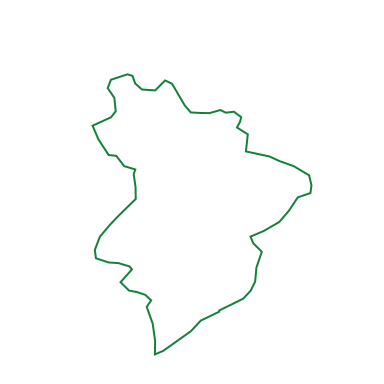 Laxå, Orebro, Sweden, rotated 157°
{"feature_id": "70781695B77797038305071", "entity_name": "Laxå", "entity_type": "district", "adm_level": 2, "iso_a3": "SWE", "parent_name": "Sweden", "parent_adm1": "Orebro", "projection": "natural_earth1", "projection_center": [14.59, 58.927], "detail": "fine", "context": "isolated", "style": "outline", "palette": "green", "viewbox_px": 384, "rotation_deg": 157, "n_neighbors": 0, "source": "geoboundaries", "source_scale": "gbopen_adm2", "svg_char_len": 1096}
<svg xmlns="http://www.w3.org/2000/svg" viewBox="0 0 384 384"><g transform="rotate(157 192 192)"><path d="M257.6,291.9L257.6,277.1L254.3,258.6L247.6,254.9L244.3,242.3L235.4,234.9L238.7,231.2L242.0,218.7L246.5,207.6L259.8,202.4L270.9,198.0L280.9,193.6L294.2,186.9L304.1,176.6L306.3,168.5L296.3,159.7L287.5,155.3L278.6,147.9L277.5,144.2L285.4,140.5L293.0,136.9L288.5,125.9L281.9,121.5L275.2,115.6L273.5,111.7L271.9,108.3L278.6,103.9L279.6,86.3L284.1,69.4L289.6,57.0L280.7,57.0L247.5,64.3L234.2,70.2L213.8,71.2L213.2,72.3L186.6,73.8L176.6,78.2L168.9,84.8L162.2,97.3L151.1,109.7L155.6,120.7L155.6,128.1L141.2,128.1L123.4,130.3L110.1,136.9L96.8,145.7L83.4,144.8L79.4,151.5L77.7,161.6L88.3,176.1L99.0,185.9L106.9,194.5L126.5,208.3L118.1,223.3L125.1,233.3L125.4,233.8L120.3,237.9L117.5,241.7L122.0,249.5L129.9,251.8L133.8,256.3L135.0,256.5L145.1,257.8L153.5,261.5L162.0,265.7L164.8,274.3L168.1,299.5L173.2,305.2L186.2,299.9L198.0,305.9L201.9,314.2L201.4,322.1L205.3,325.5L222.8,327.0L229.0,320.6L226.7,308.9L230.7,296.1L237.4,292.4L257.6,291.9Z" fill="none" stroke="#15803d" stroke-width="2"/></g></svg>